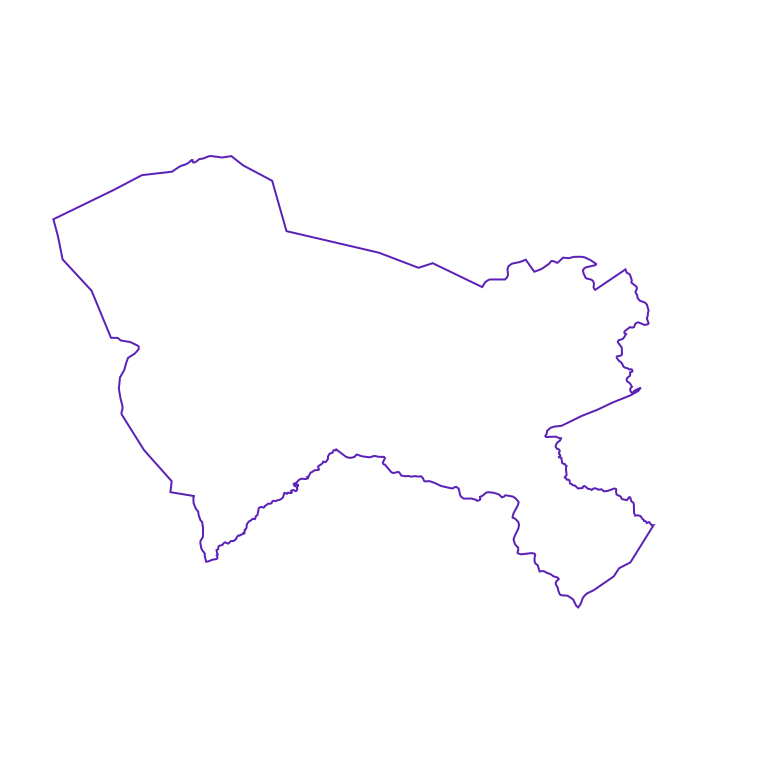 the district of Mossurize, Manica, Mozambique, rotated 74°
{"feature_id": "85939544B24800488676804", "entity_name": "Mossurize", "entity_type": "district", "adm_level": 2, "iso_a3": "MOZ", "parent_name": "Mozambique", "parent_adm1": "Manica", "projection": "natural_earth1", "projection_center": [33.088, -20.472], "detail": "fine", "context": "isolated", "style": "outline", "palette": "violet", "viewbox_px": 768, "rotation_deg": 74, "n_neighbors": 0, "source": "geoboundaries", "source_scale": "gbopen_adm2", "svg_char_len": 6165}
<svg xmlns="http://www.w3.org/2000/svg" viewBox="0 0 768 768"><g transform="rotate(74 384 384)"><path d="M594.0,163.8L593.6,165.6L590.0,167.1L589.7,167.6L590.1,169.8L588.1,170.3L587.3,171.8L586.2,171.8L584.6,172.9L581.7,173.8L580.1,176.3L579.8,178.9L576.7,179.1L568.5,177.0L567.0,177.0L565.0,178.5L560.9,178.6L560.5,178.9L560.4,179.5L562.6,182.5L560.2,187.0L557.3,187.6L554.4,190.9L551.0,190.6L549.9,189.8L548.7,190.0L547.9,191.6L548.4,197.8L548.0,201.4L547.6,202.3L545.2,203.9L544.7,207.1L543.5,208.0L542.3,210.2L542.2,211.2L543.1,213.6L541.8,214.9L540.8,217.0L538.8,218.1L537.2,219.6L537.5,221.0L538.7,221.9L537.9,226.3L534.4,228.3L533.3,230.5L531.7,231.4L531.0,232.6L527.7,232.3L526.8,233.2L526.3,234.8L525.2,234.8L523.7,236.0L523.1,235.7L522.3,233.9L521.6,233.5L515.1,232.4L513.2,231.1L512.1,232.0L510.8,232.2L510.0,233.7L508.9,234.5L503.9,233.9L502.7,236.0L502.3,236.0L501.7,234.4L500.5,234.3L499.0,235.1L496.5,233.4L495.0,234.0L493.9,235.6L491.3,236.3L489.9,235.5L488.1,233.7L486.8,230.3L485.0,228.8L484.4,230.3L481.9,233.5L479.7,242.7L478.4,243.3L476.8,241.4L474.0,240.1L472.0,236.0L471.9,232.2L473.1,224.8L469.2,202.9L467.6,186.2L464.8,169.4L462.8,149.9L460.8,141.6L458.3,138.1L459.3,144.6L460.8,147.3L460.7,148.3L460.1,148.6L458.2,149.1L456.9,148.8L456.2,148.4L455.1,146.4L451.1,147.4L448.5,149.5L446.5,149.6L445.1,148.5L444.0,145.4L443.3,144.9L440.7,144.3L440.5,141.9L438.8,141.5L437.8,142.6L437.6,144.3L436.2,145.4L434.4,148.2L433.1,149.1L430.0,149.5L427.7,150.6L426.6,151.8L422.9,153.1L422.1,152.9L421.6,152.1L422.0,148.5L421.3,147.1L414.5,145.4L408.7,147.6L407.7,147.6L406.6,146.2L406.5,142.1L405.2,140.2L402.7,137.5L401.6,138.8L400.4,138.7L399.6,138.0L397.1,131.9L398.3,129.9L398.2,128.0L395.2,125.6L394.7,123.2L395.0,122.3L399.0,117.3L399.3,114.3L399.1,113.5L398.4,112.9L393.4,113.3L391.1,111.6L388.9,110.9L386.2,109.4L380.1,109.4L377.6,110.8L374.3,115.2L371.4,116.5L368.0,116.1L367.0,116.7L364.8,116.9L362.1,114.6L360.1,114.4L355.0,118.1L354.0,118.1L352.8,117.2L347.0,117.4L346.0,117.8L343.9,120.0L340.4,120.3L351.7,155.0L350.6,155.7L348.7,155.9L345.6,154.5L342.7,154.6L340.8,156.0L338.4,160.2L337.5,160.9L332.5,161.7L329.4,161.4L328.0,159.5L327.5,157.5L328.0,148.9L327.6,147.2L327.1,147.0L322.1,151.1L317.6,156.1L316.1,159.3L314.4,165.3L314.0,168.0L314.1,171.5L311.9,177.0L315.2,183.4L315.0,184.7L313.8,185.6L312.2,188.1L312.0,189.5L313.9,192.1L316.5,199.7L317.1,202.7L317.5,208.6L303.6,213.5L304.2,219.6L303.6,227.9L305.1,231.9L307.8,233.7L313.4,234.7L315.5,236.5L316.9,238.8L312.7,253.5L312.9,255.4L314.1,258.8L317.9,262.9L281.3,303.9L281.8,318.8L256.4,352.7L210.2,435.6L157.8,435.5L135.1,459.1L122.9,467.9L121.7,477.0L117.2,487.4L116.8,489.6L117.4,495.9L116.9,499.5L118.5,503.4L118.7,505.6L118.4,506.4L117.4,506.7L116.1,506.2L115.7,507.2L117.4,510.7L118.2,513.7L118.4,518.9L118.9,521.4L121.5,529.2L116.5,559.1L123.0,590.6L134.5,656.4L152.3,656.7L175.6,658.6L213.7,639.4L264.3,633.7L266.3,627.3L269.7,624.9L273.7,616.4L279.4,610.0L280.5,609.5L282.9,610.2L286.1,615.2L288.3,622.8L292.8,626.1L298.9,629.8L305.0,636.0L315.5,640.2L324.6,641.2L333.4,641.5L335.8,642.2L338.6,644.0L340.8,644.6L381.4,632.9L418.9,614.9L429.1,619.1L439.3,597.6L440.9,598.6L446.0,599.9L452.4,599.2L455.3,597.8L458.9,598.3L464.2,598.0L466.5,596.9L472.4,597.6L481.1,600.2L484.2,603.6L486.2,604.4L491.3,604.9L493.5,604.6L497.5,603.0L499.1,603.6L505.8,604.0L506.1,602.3L505.6,597.1L506.1,593.5L505.7,592.4L503.9,591.7L502.6,592.1L502.2,590.9L501.5,590.7L500.7,591.1L497.5,590.8L497.1,589.0L494.5,587.8L494.1,586.8L494.2,583.7L492.9,582.2L492.4,580.3L494.4,578.0L494.3,577.0L492.8,574.7L493.4,572.0L492.7,569.7L491.8,568.5L491.1,568.3L489.7,566.3L489.5,565.4L490.0,564.6L489.4,563.4L489.6,562.8L489.3,561.1L488.9,560.8L489.2,560.0L489.0,559.3L488.1,559.6L486.7,558.1L485.6,557.9L485.3,556.8L484.2,555.7L481.1,554.6L478.9,551.8L478.8,550.2L477.8,548.5L477.5,547.3L478.3,545.4L475.6,543.3L475.0,541.7L468.8,538.6L468.4,537.7L468.4,535.7L469.6,533.9L469.4,532.9L468.5,532.4L467.8,529.8L467.1,528.7L467.7,526.5L467.6,525.0L466.0,523.7L465.8,523.0L466.7,520.0L466.4,519.2L466.6,516.7L466.3,514.7L465.1,512.3L461.4,510.0L461.3,509.1L462.6,508.1L462.8,507.3L462.0,506.5L463.2,503.5L463.0,502.5L461.1,502.8L460.8,501.3L461.0,500.2L462.4,498.8L462.7,497.9L461.3,496.3L459.6,496.4L458.3,494.8L457.3,494.5L456.7,495.2L456.6,496.1L457.7,497.6L457.2,498.2L455.1,498.3L454.8,495.6L452.8,492.3L452.3,490.3L452.5,488.7L453.7,485.9L453.7,483.1L453.3,482.8L452.2,483.4L452.1,482.0L448.9,479.0L448.8,477.4L447.8,474.8L448.5,470.6L448.2,470.0L445.8,470.3L444.9,469.9L443.7,465.9L442.8,464.4L441.9,463.9L442.9,461.8L442.8,461.2L440.6,458.5L438.2,457.8L436.3,455.9L435.9,455.2L435.9,452.5L433.7,450.7L434.5,448.8L433.7,448.0L443.6,440.5L445.2,438.1L445.8,436.3L446.0,432.5L444.5,430.4L444.4,429.4L447.3,425.3L450.0,419.3L450.7,417.0L450.4,414.5L450.6,412.7L452.5,409.3L454.0,404.2L455.5,403.5L459.2,406.8L461.0,406.6L461.9,405.3L470.4,401.5L471.7,400.4L472.3,398.7L472.3,395.5L472.7,394.3L473.2,393.7L476.8,392.6L478.7,388.6L479.1,386.0L480.4,383.8L481.2,379.4L482.5,376.4L482.9,373.9L485.1,372.6L488.3,372.1L489.0,371.2L489.9,367.1L493.2,362.4L497.8,357.2L502.1,349.4L503.2,347.1L503.2,345.9L502.6,344.5L502.9,342.8L505.1,341.1L512.5,341.4L514.3,340.5L516.2,338.8L518.1,331.7L520.7,327.5L521.9,326.7L522.1,324.8L521.4,323.2L518.9,322.9L518.7,320.6L516.7,315.9L516.6,313.8L518.9,308.4L520.6,305.7L522.2,303.7L525.4,302.0L525.4,299.6L524.6,298.8L524.5,297.7L527.7,291.2L530.3,289.0L534.2,287.2L535.2,287.3L537.9,289.1L543.8,295.0L547.3,297.1L548.0,297.2L549.3,295.3L553.4,293.0L556.4,292.9L560.1,294.8L565.7,299.9L569.0,302.3L573.8,302.3L577.0,301.0L578.0,300.1L580.6,300.7L582.4,302.0L583.2,302.1L583.8,301.8L585.5,299.2L587.2,288.8L588.5,286.2L590.0,285.7L592.6,287.2L596.1,288.2L598.3,287.9L600.6,286.2L607.1,286.1L607.6,283.0L608.4,281.3L610.2,279.8L612.9,276.1L615.3,274.4L618.1,270.3L619.7,269.8L621.4,273.0L623.5,274.1L628.1,273.1L630.5,273.4L634.6,273.0L635.8,272.1L638.1,265.9L642.5,262.1L643.6,261.5L650.3,260.3L652.3,258.9L649.7,255.7L644.5,251.9L642.8,249.6L641.2,246.4L640.1,239.5L632.3,216.2L625.9,208.8L623.4,196.3L594.0,163.8Z" fill="none" stroke="#5b21b6" stroke-width="2"/></g></svg>